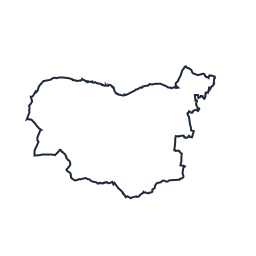 the district of Maynooth Lea-5, Kildare, Ireland, rotated 344°
{"feature_id": "5873133B22694450243518", "entity_name": "Maynooth Lea-5", "entity_type": "district", "adm_level": 2, "iso_a3": "IRL", "parent_name": "Ireland", "parent_adm1": "Kildare", "projection": "mercator", "projection_center": [-6.655, 53.364], "detail": "fine", "context": "isolated", "style": "outline", "palette": "slate", "viewbox_px": 256, "rotation_deg": 344, "n_neighbors": 0, "source": "geoboundaries", "source_scale": "gbopen_adm2", "svg_char_len": 3950}
<svg xmlns="http://www.w3.org/2000/svg" viewBox="0 0 256 256"><g transform="rotate(344 128 128)"><path d="M101.2,71.7L100.5,71.3L100.2,71.5L99.2,69.9L98.3,69.4L97.6,68.4L97.4,69.0L96.2,69.0L95.8,69.4L91.2,68.5L90.6,67.6L89.0,67.1L88.4,66.4L88.0,66.5L87.9,65.8L84.6,63.7L79.1,61.4L75.3,60.4L73.5,60.5L70.3,59.2L66.6,60.3L59.7,59.6L54.7,62.7L53.0,64.6L51.6,67.0L49.4,68.4L49.2,67.5L45.5,71.0L44.6,71.4L43.2,71.1L43.2,76.0L41.4,77.8L39.1,79.3L38.7,82.2L37.8,83.8L37.6,85.8L33.1,91.8L34.5,91.6L35.5,92.6L37.1,93.1L37.2,93.5L38.3,94.5L38.5,95.6L39.9,97.7L40.3,99.5L42.4,103.9L44.0,105.9L43.2,105.9L38.5,111.8L37.4,114.9L38.2,116.3L37.9,117.0L32.1,123.7L30.5,128.7L35.8,129.8L37.9,129.8L46.8,132.3L49.7,133.5L50.2,134.0L56.4,130.6L56.4,130.2L56.9,130.3L57.6,131.1L57.7,132.5L58.9,133.6L59.5,135.0L60.2,135.7L60.5,136.9L60.3,137.9L60.9,138.7L60.5,140.2L61.3,141.3L61.4,142.0L62.5,143.2L62.7,144.1L62.7,146.7L62.0,147.9L57.3,151.2L57.9,152.9L59.6,154.6L60.3,156.2L60.2,157.2L59.8,157.9L59.9,159.2L59.6,159.6L59.8,160.5L62.0,163.3L62.7,163.8L64.4,164.0L67.0,163.7L67.9,164.2L73.6,164.4L74.8,165.8L76.9,166.9L78.1,168.9L78.9,169.5L82.7,171.6L83.7,173.2L85.8,172.8L86.0,173.5L87.9,174.0L88.3,173.8L88.7,174.4L89.5,174.0L90.3,174.3L90.7,173.9L91.9,174.2L92.6,174.0L92.8,174.7L94.0,175.8L96.5,175.8L98.0,175.4L98.4,178.2L99.9,177.0L101.9,182.9L104.1,186.3L105.6,189.5L105.1,189.8L106.5,192.3L106.8,193.9L108.5,193.4L111.5,196.3L112.7,195.9L117.1,196.0L117.6,196.7L119.8,196.8L121.1,195.6L124.8,194.4L125.2,193.9L125.4,194.4L125.7,194.2L126.0,194.6L127.1,194.8L129.4,196.4L131.0,196.1L133.2,196.3L134.0,195.8L134.4,193.9L137.0,193.2L137.9,191.2L140.5,188.9L144.4,189.2L146.8,188.2L148.4,188.6L149.8,189.9L151.2,190.4L153.4,189.7L163.4,191.9L164.0,191.2L165.0,191.3L166.7,191.0L167.8,190.3L168.1,189.3L167.9,186.7L169.8,182.2L170.6,181.2L172.0,180.7L171.2,179.6L170.1,179.4L168.1,178.3L170.2,174.6L171.3,170.7L172.6,167.5L172.2,167.3L171.7,166.4L170.7,163.8L167.4,163.1L167.3,162.4L166.4,162.1L169.6,154.4L170.3,151.6L171.8,148.9L174.4,150.2L174.6,149.9L179.4,150.6L179.5,152.2L180.0,152.4L179.8,152.8L181.5,153.6L182.3,153.6L184.4,152.2L185.0,153.0L185.0,153.7L186.9,154.6L190.4,149.2L188.0,147.7L188.6,145.0L188.6,141.7L189.7,134.0L189.1,132.5L189.1,130.3L189.6,130.0L190.1,130.2L191.3,128.8L192.5,129.8L192.9,130.7L193.7,131.0L194.1,131.0L195.4,129.5L198.5,129.2L200.0,131.0L201.9,129.1L201.7,128.7L200.6,128.5L199.9,124.1L200.8,122.2L201.6,121.6L201.8,121.0L201.4,120.2L200.4,120.1L201.3,114.8L204.3,115.5L203.9,118.5L206.3,118.1L206.7,117.2L208.7,118.1L208.4,119.3L209.1,119.8L209.2,120.9L209.6,121.0L211.1,119.2L211.6,117.2L211.9,117.2L212.1,116.0L212.6,115.3L214.6,116.2L215.7,114.1L216.6,114.3L217.1,113.1L216.5,112.8L217.2,111.4L218.1,111.8L218.4,112.5L220.0,111.0L220.9,111.0L222.1,110.0L223.0,109.0L222.6,108.8L224.9,103.4L225.3,103.6L225.5,102.5L225.2,102.3L223.7,101.2L220.9,99.9L220.5,100.6L219.5,100.8L219.2,102.0L218.5,101.1L217.1,100.6L216.8,99.6L216.3,99.1L216.5,98.1L216.3,97.3L215.6,96.6L209.8,96.4L205.8,93.6L205.1,92.2L204.9,89.6L202.6,87.0L201.4,86.6L200.7,84.7L199.4,84.7L199.0,85.4L196.1,87.6L193.0,92.1L189.8,95.4L189.2,96.6L186.5,97.8L185.5,100.1L187.3,103.0L185.0,102.7L183.9,101.6L180.6,101.7L179.7,100.7L177.8,100.2L175.9,98.0L171.2,94.3L165.7,92.9L163.1,92.9L161.1,91.7L159.1,92.8L158.0,92.5L153.5,92.2L153.1,92.9L152.4,93.2L151.1,92.4L148.0,93.4L146.1,93.2L144.8,93.9L135.2,95.7L134.5,95.7L133.9,94.7L132.6,95.6L127.7,93.0L127.7,92.5L126.6,91.7L126.3,91.8L125.3,89.3L125.3,85.1L124.7,85.0L124.8,84.4L124.0,83.9L123.9,82.8L123.0,81.9L121.5,81.7L121.3,81.5L121.1,81.7L120.9,81.3L120.7,81.8L120.2,81.8L118.7,81.3L118.5,80.6L118.4,81.0L116.9,80.8L115.9,80.1L115.9,79.8L114.6,79.4L114.3,78.8L114.5,78.6L112.8,77.4L111.5,77.0L111.1,76.5L110.6,76.6L108.7,74.7L107.8,75.0L106.9,74.8L106.2,74.3L106.4,73.4L103.9,73.1L103.0,72.5L102.4,72.7L102.2,72.1L101.7,72.4L101.7,71.9L101.2,71.7Z" fill="none" stroke="#1e293b" stroke-width="2"/></g></svg>